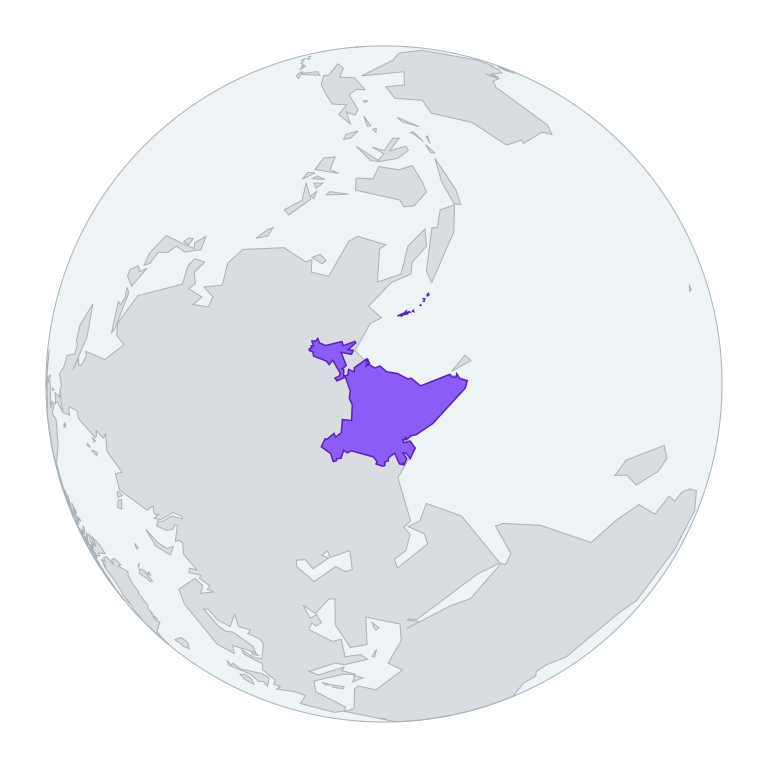 the Earth from above India, rotated 243°
{"feature_id": "IND", "entity_name": "India", "entity_type": "country or territory", "adm_level": 0, "iso_a3": "IND", "parent_name": "Asia", "parent_adm1": "", "projection": "orthographic", "projection_center": [83.514, 21.122], "detail": "medium", "context": "on_globe", "style": "filled", "palette": "violet", "viewbox_px": 768, "rotation_deg": 243, "n_neighbors": 0, "source": "natural_earth", "source_scale": "50m", "svg_char_len": 12374}
<svg xmlns="http://www.w3.org/2000/svg" viewBox="0 0 768 768"><g transform="rotate(243 384 384)"><circle cx="384" cy="384" r="338" fill="#eef3f6" stroke="#a8b0b8"/><path d="M506.9,69.2L511.1,71.0L526.3,77.8L515.6,73.3L550.8,90.7L566.8,101.5L542.9,86.5L535.9,83.1L543.9,88.5L538.4,86.3L539.2,88.0L532.0,85.3L518.6,77.9L513.7,76.3L519.6,80.3L516.1,81.0L508.2,75.1L501.3,75.8L477.6,65.9L462.2,56.3L443.2,52.3L418.0,47.8L448.2,52.2L477.9,59.4L506.9,69.2ZM409.4,47.0L408.9,47.0L407.1,46.9L409.4,47.0ZM379.7,46.1L379.3,46.1L384.0,46.2L383.8,46.4L379.2,46.5L374.1,46.3L375.7,46.2L371.8,46.3L371.3,46.3L379.7,46.1ZM370.3,46.4L368.9,46.4L367.3,46.5L370.3,46.4ZM362.5,46.8L361.9,46.9L351.6,47.6L351.0,47.7L362.5,46.8ZM538.4,83.7L533.5,81.1L540.2,84.5L538.4,83.7ZM540.5,88.8L543.6,90.4L542.7,90.7L540.5,88.8ZM530.9,87.1L528.4,87.5L528.6,85.7L530.9,87.1ZM525.4,86.9L519.6,89.1L526.0,92.5L504.5,84.9L516.6,85.0L515.8,81.9L520.3,85.1L525.4,86.9ZM387.5,46.2L382.2,46.1L390.9,46.2L387.5,46.2ZM393.0,46.3L419.8,48.0L425.2,48.9L415.2,47.8L425.6,49.5L415.1,48.9L407.0,47.9L405.6,47.3L402.6,47.7L393.0,46.3ZM493.6,80.7L490.2,80.5L491.2,79.4L493.6,80.7ZM384.4,46.5L389.3,46.4L394.4,47.1L385.5,47.3L386.7,47.0L384.4,46.5ZM433.5,50.5L435.7,51.4L427.8,51.1L427.6,51.6L415.3,49.1L433.5,50.5ZM383.2,46.9L380.8,47.5L374.2,47.5L380.0,46.6L383.2,46.9ZM399.5,47.3L401.5,47.7L397.4,47.5L399.5,47.3ZM349.5,49.1L355.3,48.4L358.4,48.5L349.5,49.1ZM380.4,47.8L382.6,47.8L384.5,48.0L381.6,48.4L380.4,47.8ZM410.6,49.3L406.8,49.2L415.2,50.3L409.6,50.6L402.5,49.0L403.2,49.9L401.5,50.0L397.6,48.7L410.6,49.3ZM384.3,49.6L373.3,48.7L361.9,49.6L358.8,49.3L377.7,48.0L384.3,49.6ZM392.5,49.1L386.7,49.3L385.8,48.5L389.1,48.0L392.5,49.1ZM408.4,51.6L418.8,51.4L420.0,51.8L408.4,51.6ZM381.2,49.9L383.9,50.2L380.5,50.0L381.2,49.9ZM400.2,51.0L403.8,50.8L405.1,51.2L400.2,51.0ZM386.4,51.2L382.9,50.8L385.0,50.2L386.4,51.2ZM392.9,51.2L393.8,51.9L387.9,50.3L394.3,51.0L392.9,51.2ZM400.9,51.5L402.8,51.7L399.2,51.6L400.9,51.5ZM380.3,54.0L372.4,52.1L377.2,50.7L384.2,52.6L380.3,54.0ZM77.8,241.0L109.8,200.7L108.5,209.9L125.8,219.4L126.4,224.2L115.2,238.0L120.7,270.5L133.4,261.1L147.6,282.8L162.9,289.3L184.6,262.0L159.6,250.6L164.4,234.4L191.7,231.2L214.9,242.8L217.5,237.0L210.5,218.8L223.6,211.5L208.9,211.9L209.1,219.1L199.9,220.0L199.2,213.6L203.9,211.0L199.1,205.7L178.1,221.1L176.0,230.0L158.7,225.5L153.5,240.4L146.1,244.4L152.0,220.9L157.4,214.1L161.9,186.8L154.6,193.3L149.9,219.9L147.9,216.3L138.1,226.9L144.0,215.9L151.1,186.7L140.6,183.5L113.7,203.1L110.5,200.9L113.9,190.8L137.3,164.4L142.0,172.7L150.3,165.0L161.0,149.9L161.5,154.2L166.5,149.6L169.4,152.7L184.9,146.1L189.6,148.8L206.8,136.5L211.5,136.6L200.0,143.5L194.5,150.4L207.5,158.8L213.3,157.6L223.4,149.3L225.7,153.3L233.8,144.3L246.7,146.4L237.8,136.8L249.5,128.5L263.2,125.1L265.5,121.1L243.0,126.7L235.5,130.8L231.6,136.7L209.7,148.2L202.9,147.7L219.7,130.4L211.8,128.3L228.4,117.1L278.9,106.3L294.3,108.0L296.6,127.3L286.6,131.0L280.8,125.5L276.0,138.0L281.2,133.3L283.2,137.2L294.8,131.4L296.7,134.0L304.5,124.6L308.2,127.1L303.1,133.0L323.4,128.1L334.0,132.5L337.7,130.3L338.6,126.7L351.4,135.4L353.5,133.5L350.2,129.8L352.2,123.8L360.9,117.0L364.8,120.4L362.2,123.3L362.7,135.1L355.2,143.1L357.7,143.9L365.2,137.8L364.6,123.3L368.6,118.3L370.4,124.7L370.1,122.0L373.4,120.7L380.3,122.8L379.0,115.8L409.6,100.3L426.1,104.0L424.2,110.6L449.8,106.7L466.3,113.3L463.2,109.5L473.3,106.5L468.3,104.3L467.5,102.4L491.2,96.2L499.8,98.2L506.5,93.4L504.9,91.7L498.9,89.8L504.5,84.9L526.0,92.5L528.6,95.7L540.3,99.3L544.4,106.4L553.3,114.7L551.1,122.0L558.3,128.7L562.1,129.5L574.7,140.1L587.6,161.0L560.5,140.5L537.8,113.1L545.7,123.4L538.9,120.4L538.7,124.0L544.6,131.9L548.4,133.2L532.5,146.3L536.9,170.3L548.7,167.8L559.2,174.5L574.5,204.7L564.5,249.7L578.5,263.1L581.5,272.6L574.1,279.5L569.5,265.6L559.1,261.6L557.7,253.3L544.2,261.2L541.6,249.8L532.4,262.5L539.4,271.1L552.2,267.6L545.5,284.8L562.6,299.6L568.0,319.3L550.8,356.8L528.2,369.8L527.5,376.2L516.7,369.9L505.0,383.5L527.2,417.4L527.4,427.7L507.2,448.8L506.3,441.3L477.8,424.4L474.3,449.1L496.0,467.9L503.5,490.8L487.6,484.6L479.8,464.5L469.7,457.9L471.1,436.6L460.3,405.4L444.2,411.9L444.2,399.1L426.8,373.2L403.0,381.6L365.9,414.6L362.8,446.9L349.2,460.3L327.7,412.5L324.6,380.6L312.7,382.5L294.1,353.8L250.0,345.6L247.4,336.7L238.3,339.0L225.7,328.0L223.1,313.6L213.9,312.3L221.7,350.3L232.1,351.9L245.9,340.9L245.7,353.8L258.3,367.5L231.3,393.1L171.9,406.0L172.3,381.2L159.3,306.4L163.2,299.7L163.4,298.9L163.6,297.3L156.1,307.6L155.9,293.4L156.2,343.4L153.5,363.5L171.0,407.2L167.8,410.1L175.3,420.1L206.9,418.9L205.7,426.8L187.0,459.3L148.7,496.5L157.4,530.3L160.8,556.4L145.0,566.3L154.6,587.1L147.6,590.0L152.6,600.8L151.6,609.1L147.0,613.9L130.2,603.3L122.7,592.8L104.5,567.6L76.4,510.7L73.7,490.7L69.4,471.6L58.1,422.2L60.1,401.2L58.7,389.2L54.9,386.6L54.1,372.3L52.4,368.9L47.2,356.9L47.3,355.3L50.1,331.7L54.6,308.4L60.8,285.4L68.5,262.9L77.8,241.0ZM88.2,227.9L84.9,233.5L88.2,227.9ZM233.0,271.5L251.1,277.8L253.9,257.0L261.1,258.0L259.5,251.0L254.1,255.5L251.6,236.9L263.4,234.0L266.8,225.8L260.9,223.4L239.8,232.0L243.1,258.1L234.3,264.5L233.0,271.5ZM190.8,124.1L188.1,128.2L181.4,132.3L175.5,131.6L185.1,125.4L190.8,124.1ZM185.7,133.5L204.0,118.0L208.4,118.7L202.9,120.7L203.9,122.7L195.2,126.8L181.5,143.6L174.7,148.5L167.5,142.9L173.6,141.6L176.0,137.2L185.7,133.5ZM243.2,85.8L251.2,81.5L250.3,88.2L243.0,91.7L236.6,90.5L241.6,85.8L243.2,85.8ZM341.3,48.8L340.0,49.0L337.1,49.3L341.3,48.8ZM331.2,50.2L331.3,50.2L334.3,49.8L349.5,48.1L368.6,46.6L372.7,46.9L370.5,47.5L366.6,47.9L365.1,47.4L360.9,48.3L355.8,48.0L351.9,48.7L324.8,51.7L327.0,51.1L308.5,54.8L307.3,54.9L331.2,50.2ZM342.6,67.5L342.6,64.6L333.1,70.6L328.0,68.5L327.2,69.4L319.8,69.4L309.6,71.2L308.6,69.9L305.0,71.3L300.1,71.7L294.8,73.2L291.2,71.8L284.5,73.7L286.6,72.0L276.1,75.9L282.3,72.5L276.5,73.4L273.5,76.2L266.7,69.5L259.1,70.8L249.3,74.3L261.3,69.2L278.1,63.2L295.5,58.6L301.1,58.7L305.5,56.9L309.5,56.6L304.4,58.1L314.7,55.7L316.6,56.0L332.1,54.8L345.8,52.2L351.8,52.1L347.4,53.3L356.4,52.4L352.2,54.9L356.4,55.1L356.3,58.2L345.4,61.2L350.9,61.3L351.2,64.3L342.6,67.5ZM379.9,54.8L368.0,57.8L359.4,58.5L363.0,53.0L359.8,52.5L361.8,49.9L374.4,49.3L372.6,49.9L373.9,50.5L369.5,50.5L373.9,51.0L371.7,52.1L374.5,53.0L369.9,53.6L379.9,54.8ZM132.7,220.7L134.3,222.9L137.9,224.8L131.8,231.9L132.7,220.7ZM137.1,200.7L139.3,201.1L132.4,211.1L130.9,209.2L137.1,200.7ZM146.3,193.3L139.9,200.4L142.4,195.4L146.3,193.3ZM202.6,143.8L205.7,144.3L203.7,146.5L199.4,148.8L202.6,143.8ZM313.3,88.2L314.7,85.6L317.1,85.3L325.9,80.3L330.4,81.9L326.9,85.6L313.3,88.2ZM177.0,265.2L169.2,268.9L168.4,265.1L171.2,264.5L177.0,265.2ZM146.8,249.8L151.0,257.0L145.1,251.6L146.8,249.8ZM319.7,89.1L322.9,86.8L323.2,89.1L319.7,89.1ZM334.2,82.9L335.6,85.2L332.0,81.6L334.2,82.9ZM327.8,698.4L334.0,701.1L328.4,700.7L327.8,698.4ZM206.2,565.3L202.1,605.8L189.3,602.4L181.6,588.5L179.5,562.8L192.7,559.0L197.7,548.1L206.2,565.3ZM577.3,534.2L585.5,534.0L585.1,535.5L577.3,534.2ZM568.8,530.7L578.5,529.6L566.9,534.1L568.8,530.7ZM582.2,529.1L592.0,524.6L596.3,521.6L595.3,524.6L582.2,529.1ZM562.1,531.8L524.3,536.2L508.9,533.8L512.8,528.3L537.7,527.1L562.1,531.8ZM511.6,528.2L487.7,515.1L452.7,472.6L465.2,472.9L501.4,497.6L499.1,502.4L513.6,513.1L511.6,528.2ZM568.2,494.2L565.8,508.4L545.2,509.9L535.7,508.8L529.1,491.7L532.8,482.2L540.8,481.6L569.7,446.6L580.2,452.8L571.7,467.2L580.1,478.2L568.2,494.2ZM364.5,450.0L373.0,469.3L365.4,472.2L364.5,450.0ZM580.1,422.9L569.3,438.4L578.7,418.4L580.1,422.9ZM584.8,404.5L586.2,411.5L580.9,405.4L584.8,404.5ZM528.5,386.0L520.1,388.5L519.3,383.5L529.4,377.4L528.5,386.0ZM572.0,336.1L574.3,350.8L573.6,356.0L568.7,347.6L572.0,336.1ZM362.7,105.8L345.3,110.4L335.8,116.1L335.1,122.6L328.6,116.1L343.3,107.1L362.7,105.8ZM403.4,100.3L403.9,95.6L408.6,97.0L409.2,98.3L403.4,100.3ZM400.2,97.8L391.6,93.5L395.1,90.5L401.2,94.5L400.2,97.8ZM355.1,89.6L349.6,90.7L349.5,88.6L355.1,89.6ZM601.3,641.9L608.6,634.0L615.1,629.5L606.1,638.2L601.3,641.9ZM597.5,618.4L540.7,647.2L530.1,647.0L536.7,639.1L534.9,617.6L538.8,617.5L541.2,601.7L577.0,581.3L603.9,549.0L619.3,547.0L633.6,523.5L648.0,520.5L641.2,538.0L653.1,543.6L668.7,504.0L668.4,538.9L672.0,547.7L664.2,569.2L630.1,614.2L617.5,625.8L618.4,623.4L612.3,628.9L607.6,630.2L611.6,620.1L605.3,625.4L614.4,614.9L603.8,625.1L604.4,618.8L597.5,618.4ZM695.7,514.4L697.0,511.2L697.0,511.4L695.7,514.4ZM707.3,482.3L707.1,482.9L708.5,478.4L707.3,482.2L707.3,482.3ZM708.9,467.7L709.7,465.0L709.7,466.3L708.9,467.7ZM597.5,531.9L609.5,519.1L615.5,516.9L597.5,531.9ZM708.8,464.3L707.4,465.6L707.9,463.3L708.8,464.3ZM709.6,459.4L709.9,456.6L709.7,462.5L709.6,459.4ZM707.5,455.7L708.8,459.1L707.2,456.6L707.5,455.7ZM706.2,457.6L704.9,456.5L705.1,455.5L706.2,457.6ZM684.2,474.9L690.2,488.3L684.0,491.2L677.6,483.9L670.2,496.8L654.8,500.7L659.1,493.2L657.6,484.2L640.2,485.5L636.7,480.1L643.4,474.1L631.1,472.2L644.6,465.8L649.6,477.5L657.0,465.0L668.7,463.7L679.1,464.0L686.4,470.2L684.2,474.9ZM643.6,494.6L645.8,494.0L643.6,498.4L643.6,494.6ZM702.2,451.7L704.2,456.3L703.8,458.1L702.7,458.0L702.2,451.7ZM688.2,467.1L696.5,452.4L698.2,451.6L692.5,466.5L688.2,467.1ZM695.0,446.3L698.4,445.9L699.8,451.0L699.0,453.1L695.0,446.3ZM616.2,489.4L615.5,493.2L611.8,491.1L616.2,489.4ZM621.1,486.2L631.9,487.6L620.0,489.5L621.1,486.2ZM585.8,480.4L589.3,488.4L600.4,480.9L591.9,490.4L598.9,503.2L596.2,509.0L589.3,495.0L586.0,511.3L581.1,511.8L578.8,498.7L584.1,481.3L589.1,473.5L608.8,467.0L585.8,480.4ZM621.2,475.7L618.2,466.2L620.3,459.0L623.6,463.6L621.2,475.7ZM608.5,443.6L599.6,433.3L592.3,439.2L606.4,419.9L612.8,432.9L608.5,443.6ZM599.8,418.9L593.0,424.3L599.5,413.3L599.8,418.9ZM590.8,420.6L589.3,412.5L595.0,412.6L590.8,420.6ZM603.5,418.6L603.5,404.3L607.1,412.0L603.5,418.6ZM584.8,394.4L598.5,405.9L582.0,402.8L577.8,375.9L584.5,374.2L584.8,394.4ZM600.2,280.2L596.6,273.1L601.7,270.3L602.8,275.9L600.2,280.2ZM615.1,257.2L601.9,267.3L590.7,276.6L595.9,279.2L596.4,292.4L586.8,281.8L592.1,266.2L601.2,261.6L599.3,251.0L603.9,242.6L597.7,230.3L598.7,224.2L607.0,234.4L615.1,257.2ZM594.7,225.2L585.7,203.6L596.8,204.6L601.3,209.6L600.8,218.8L594.9,217.6L594.7,225.2ZM586.8,198.9L581.0,197.9L555.6,169.6L553.0,164.2L578.3,184.8L574.2,185.1L578.4,192.3L586.8,198.9ZM493.0,82.2L490.4,80.7L494.2,81.7L493.0,82.2ZM464.5,101.3L464.1,98.9L468.6,99.8L464.5,101.3ZM465.6,93.0L460.8,93.6L464.2,91.5L465.6,93.0ZM450.4,95.6L458.1,93.2L453.1,97.6L450.4,95.6Z" fill="#d9dde1" stroke="#a8b0b8" stroke-width="1"/><path d="M302.4,365.5L305.7,361.5L317.6,362.1L316.2,354.5L313.5,352.8L314.1,349.3L311.0,347.7L311.4,345.5L316.3,340.6L318.1,342.6L323.8,341.5L339.3,324.6L339.3,320.0L343.3,317.9L337.3,312.0L338.9,307.7L337.3,306.8L337.9,303.5L346.2,304.9L356.6,299.6L361.9,306.6L360.6,308.3L362.7,317.0L358.6,316.8L360.0,323.8L371.2,330.8L366.2,338.5L379.9,346.3L387.0,346.5L393.1,350.8L407.7,352.7L408.1,343.5L411.5,343.0L411.4,347.9L413.6,349.9L428.5,349.1L426.2,343.9L430.9,342.9L440.8,333.9L444.8,335.2L447.8,332.6L449.5,333.6L448.6,335.6L451.0,336.3L449.7,338.5L455.1,339.2L453.2,343.0L454.7,345.7L449.9,345.2L444.8,349.5L440.9,365.9L436.6,365.0L435.2,377.4L433.4,377.5L431.0,367.6L427.9,371.9L425.2,368.5L431.7,360.1L417.6,358.8L416.5,353.4L415.0,354.7L409.6,351.6L408.2,355.6L413.0,359.1L408.2,363.0L412.0,365.0L414.3,380.3L412.7,380.8L412.0,377.7L411.8,380.4L409.2,380.6L409.6,377.6L408.1,376.3L408.3,379.5L402.4,383.1L401.9,388.6L393.6,392.0L387.3,400.7L377.5,407.7L376.9,410.9L365.7,415.7L362.7,447.1L359.7,447.4L357.4,451.3L360.1,453.5L354.4,453.9L349.1,459.6L343.5,454.6L326.7,409.6L324.2,389.6L325.7,384.7L324.5,380.0L327.3,378.4L324.2,378.5L325.9,375.5L322.6,375.0L321.2,381.5L312.8,382.7L305.5,373.5L312.0,372.4L313.9,369.5L307.2,370.4L303.3,365.7L305.4,364.2L302.4,365.5ZM437.0,438.7L435.8,436.8L438.5,426.9L438.3,432.8L437.0,438.7ZM444.6,464.6L443.1,464.5L444.0,463.1L444.6,464.6ZM436.3,443.6L435.0,443.4L435.9,442.5L436.3,443.6ZM441.3,458.8L441.3,459.6L441.1,458.9L441.3,458.8ZM442.2,457.7L441.9,458.8L442.0,457.6L442.2,457.7ZM443.2,462.2L442.9,463.1L442.7,462.8L443.2,462.2ZM437.9,452.4L437.4,452.5L437.6,452.0L437.9,452.4ZM436.8,439.2L436.3,439.6L436.5,438.9L436.8,439.2ZM438.6,435.7L438.8,436.5L438.2,435.9L438.6,435.7ZM439.9,457.6L439.5,457.5L439.7,457.0L439.9,457.6ZM436.8,430.5L436.5,431.4L436.6,430.4L436.8,430.5Z" fill="#8b5cf6" stroke="#5b21b6" stroke-width="1.5"/></g></svg>